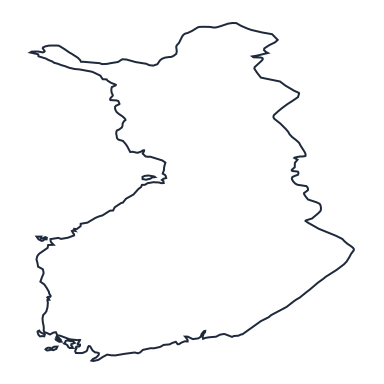 the border of Finland
{"feature_id": "FIN", "entity_name": "Finland", "entity_type": "country or territory", "adm_level": 0, "iso_a3": "FIN", "parent_name": "Europe", "parent_adm1": "", "projection": "equal_earth", "projection_center": [24.864, 64.94], "detail": "fine", "context": "isolated", "style": "outline", "palette": "slate", "viewbox_px": 384, "rotation_deg": 0, "n_neighbors": 0, "source": "natural_earth", "source_scale": "50m", "svg_char_len": 5809}
<svg xmlns="http://www.w3.org/2000/svg" viewBox="0 0 384 384"><path d="M130.2,152.0L127.1,146.1L125.5,143.8L123.0,141.0L118.4,139.6L117.5,138.8L116.9,137.7L116.7,136.0L116.2,133.6L116.4,131.6L117.0,130.4L119.0,129.6L121.9,127.4L122.5,125.7L122.7,123.3L124.1,121.1L125.5,120.0L125.2,119.1L124.2,117.9L122.1,116.1L118.9,114.0L116.5,111.9L115.5,110.0L115.0,108.3L115.1,106.8L116.0,105.7L119.0,104.4L119.5,103.9L118.3,101.0L116.2,100.4L110.6,100.1L110.2,99.8L110.1,99.2L110.6,98.0L112.7,95.8L112.8,95.1L111.6,92.6L111.3,89.5L111.8,87.1L115.6,85.4L115.8,84.7L111.0,82.8L107.6,80.7L106.6,79.4L102.7,79.2L100.3,75.6L93.4,72.3L91.4,71.6L79.4,69.4L74.6,69.0L69.0,67.7L64.8,66.1L61.2,65.1L58.2,63.9L53.9,62.7L52.7,61.7L48.1,59.8L46.0,58.6L38.5,56.3L38.3,55.4L38.3,54.5L37.9,54.2L30.2,52.5L31.8,51.6L37.9,51.5L42.9,52.4L44.0,52.0L44.7,51.2L42.7,48.2L43.1,47.4L45.3,46.4L48.9,45.6L54.4,45.5L58.1,45.6L58.9,45.7L64.5,49.1L69.2,52.4L71.7,53.8L77.9,57.8L80.2,60.2L81.0,61.8L83.5,61.8L99.8,63.2L101.9,64.1L107.0,63.9L111.0,63.1L118.0,62.0L122.2,59.3L126.3,59.5L135.8,62.1L146.4,63.8L149.3,65.2L153.3,65.6L157.4,64.2L159.9,60.5L162.0,58.8L165.1,57.6L168.6,57.1L171.3,56.9L173.4,56.0L176.2,53.9L176.8,51.4L176.2,46.9L176.7,45.4L179.0,42.9L182.1,36.6L183.5,34.7L185.2,33.6L187.6,33.0L191.9,31.0L197.9,27.3L199.6,26.9L204.0,26.8L209.5,26.9L214.4,27.6L214.9,27.5L217.1,27.2L221.1,26.0L227.9,23.7L232.3,23.0L236.3,23.1L240.8,25.7L247.2,28.5L251.2,29.9L262.3,32.5L272.1,34.2L277.7,39.9L275.2,42.2L273.9,42.9L269.2,45.2L264.3,48.4L264.0,50.1L265.7,51.8L267.9,53.0L256.6,55.7L252.3,56.4L253.5,57.3L260.7,57.5L261.8,57.8L262.6,58.3L262.8,59.1L262.1,60.3L254.6,67.2L254.4,68.7L257.1,72.8L260.9,77.6L280.0,81.5L285.3,85.5L294.2,90.8L298.8,92.8L299.1,93.4L298.0,97.1L292.6,100.8L287.6,104.0L282.4,107.8L278.4,111.1L274.0,115.0L273.5,116.2L273.5,117.5L274.3,118.8L280.4,123.6L285.6,128.8L288.1,131.7L289.6,134.3L292.0,136.9L296.1,140.1L299.1,142.8L300.2,145.0L305.0,152.6L305.6,154.6L305.4,156.0L303.5,156.4L299.2,156.6L294.6,157.6L294.3,157.9L297.5,159.7L294.9,162.8L294.7,167.3L292.0,169.6L291.7,170.2L291.9,170.6L292.4,171.0L297.8,171.6L298.3,172.2L298.4,173.6L297.9,174.8L295.3,175.7L292.4,177.0L291.9,178.3L292.0,179.4L293.1,181.3L295.1,183.5L297.6,184.8L306.3,186.1L307.4,187.2L308.0,188.7L307.9,190.2L304.0,193.1L304.1,194.2L305.9,196.9L308.0,199.5L316.6,202.3L319.6,203.8L320.4,205.1L320.9,207.1L321.0,209.2L320.4,211.1L317.9,213.6L312.0,218.5L305.9,220.4L305.5,220.9L307.5,222.4L318.8,228.8L336.0,235.8L342.4,239.0L344.5,241.3L347.4,243.8L350.6,245.9L352.9,247.7L353.8,248.9L353.8,250.2L351.0,254.0L349.5,256.9L346.8,261.3L344.0,264.3L336.6,269.9L325.7,276.8L323.2,278.9L318.0,282.6L309.3,290.0L307.0,291.7L299.7,297.6L296.4,299.5L293.8,301.3L286.6,306.9L271.0,315.2L268.7,317.2L260.9,321.1L242.4,334.3L241.2,334.4L238.4,335.7L233.9,336.0L232.0,336.9L225.1,334.2L223.9,334.0L219.9,334.7L216.1,336.7L208.9,337.3L205.4,337.9L203.1,338.8L202.6,336.7L203.6,333.9L205.1,332.1L205.2,330.9L204.1,331.1L201.8,333.7L200.6,336.9L198.2,338.4L192.8,339.1L187.6,336.6L185.1,336.6L186.6,338.4L187.7,340.4L187.6,341.5L184.8,341.3L181.7,342.5L178.9,344.2L177.6,344.2L175.8,341.8L172.4,342.9L169.5,344.4L163.7,344.9L160.2,346.9L154.0,348.3L150.6,348.2L142.8,349.9L140.2,352.4L138.0,353.3L134.7,352.5L124.8,353.8L115.3,355.4L111.2,355.3L107.2,354.6L102.9,356.9L98.3,359.9L93.3,361.0L91.5,360.6L92.9,359.0L96.3,357.4L98.6,355.1L98.9,353.3L97.4,352.6L95.2,352.4L92.6,350.5L90.1,346.3L88.7,346.1L88.0,347.2L87.1,350.4L86.3,351.3L83.3,352.7L81.7,353.1L75.9,353.0L75.2,351.4L75.2,350.8L76.3,348.7L75.4,348.3L76.3,346.7L77.6,346.7L79.2,346.5L80.0,345.7L80.0,344.6L77.8,344.4L77.7,343.7L79.7,340.8L80.0,340.0L79.2,339.9L78.0,340.2L69.8,339.3L59.8,335.6L57.3,335.4L55.9,332.2L53.4,332.6L49.9,334.5L47.2,333.1L44.4,332.1L43.7,330.6L43.8,328.4L43.6,325.8L42.9,322.8L42.5,318.5L43.1,315.2L45.4,312.7L46.4,311.2L47.5,307.2L47.9,302.5L47.4,300.9L47.5,299.8L49.3,299.8L49.0,298.9L48.2,298.4L47.3,297.4L48.1,296.8L50.3,296.8L50.7,296.0L49.1,293.3L49.0,292.0L46.8,288.1L44.3,284.4L40.4,281.7L41.9,277.4L43.6,273.4L43.4,271.5L42.8,269.2L38.1,266.7L37.5,263.2L36.5,259.4L37.0,257.0L37.8,255.3L39.5,253.5L47.6,247.9L48.2,245.0L53.6,244.8L51.1,242.2L50.6,240.8L50.5,239.1L58.3,237.9L61.1,238.9L68.0,237.7L74.1,235.4L74.0,234.2L73.1,233.1L71.9,231.0L72.8,230.5L75.0,230.9L74.0,229.9L74.2,228.8L76.6,229.2L80.6,226.2L80.7,223.8L87.5,222.6L95.4,217.9L99.0,216.4L102.5,215.4L109.9,210.7L113.1,210.5L114.7,207.3L121.0,203.1L122.9,202.6L125.9,198.8L133.5,194.5L138.4,189.0L141.1,187.0L141.9,184.9L144.9,184.8L147.6,183.2L153.4,182.2L159.1,182.5L161.5,183.2L163.7,183.0L163.4,181.1L161.9,180.0L163.2,178.9L166.2,178.0L165.8,176.2L165.2,175.1L162.7,173.6L163.9,170.3L164.2,166.7L165.4,162.6L162.2,160.4L150.3,156.7L148.1,156.8L145.5,156.4L142.7,153.6L144.0,151.2L144.1,150.3L143.0,150.3L141.3,151.5L137.5,152.8L132.6,151.8L130.2,152.0ZM67.2,340.4L71.1,341.2L72.8,340.9L74.7,342.9L71.4,344.1L71.2,345.6L72.4,346.6L72.8,348.0L69.6,348.0L68.1,346.8L67.5,345.3L66.0,344.3L64.1,343.5L65.1,342.5L65.7,340.9L67.2,340.4ZM150.6,178.6L146.1,179.7L142.6,179.1L142.5,176.9L144.7,175.9L148.7,175.5L154.2,176.5L155.0,177.1L151.9,177.5L150.6,178.6ZM40.6,237.8L40.9,238.5L42.7,238.3L45.2,237.1L46.8,237.7L46.6,239.3L45.4,239.3L45.1,239.0L43.6,240.0L43.3,240.5L41.6,240.9L38.5,239.3L36.6,236.6L41.2,236.6L40.8,237.2L40.6,237.8ZM44.8,334.5L44.3,336.3L42.2,336.1L40.0,336.4L38.4,334.7L37.5,331.8L37.9,331.2L39.2,330.6L40.2,332.1L44.8,334.5ZM61.5,341.7L59.3,341.8L56.1,340.0L55.7,339.3L57.0,338.9L56.2,337.4L56.5,336.7L58.9,337.9L60.2,339.3L58.9,339.6L61.1,341.0L61.5,341.7ZM56.3,348.9L53.2,350.2L52.0,349.9L52.3,347.7L54.2,346.7L57.4,346.6L56.3,348.9ZM49.9,350.1L47.1,350.5L45.5,349.4L46.1,348.6L48.1,347.7L50.1,347.8L50.5,348.9L49.9,350.1Z" fill="none" stroke="#1e293b" stroke-width="2"/></svg>